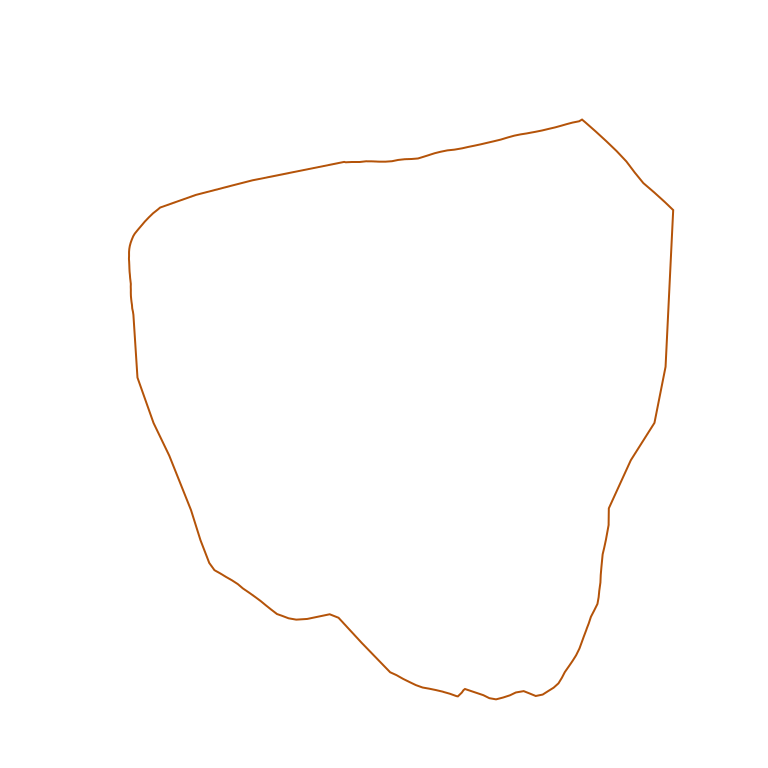 outline of Markhah Al Olya, Shabwah, Yemen, rotated 100°
{"feature_id": "15242507B22375918016424", "entity_name": "Markhah Al Olya", "entity_type": "district", "adm_level": 2, "iso_a3": "YEM", "parent_name": "Yemen", "parent_adm1": "Shabwah", "projection": "mercator", "projection_center": [45.924, 14.502], "detail": "fine", "context": "isolated", "style": "outline", "palette": "amber", "viewbox_px": 768, "rotation_deg": 100, "n_neighbors": 0, "source": "geoboundaries", "source_scale": "gbopen_adm2", "svg_char_len": 2247}
<svg xmlns="http://www.w3.org/2000/svg" viewBox="0 0 768 768"><g transform="rotate(100 384 384)"><path d="M274.4,652.9L276.0,653.8L278.9,655.4L279.3,655.6L281.9,656.6L285.4,657.4L288.8,658.0L292.1,658.3L295.1,658.3L298.3,658.0L302.2,657.3L305.1,656.9L307.9,656.2L311.5,655.4L314.8,654.7L317.8,654.0L320.6,653.2L323.4,652.5L326.4,651.6L329.4,650.7L332.2,650.3L335.0,649.7L338.0,649.2L341.4,648.5L344.3,647.7L347.0,646.9L350.0,645.9L353.2,645.1L356.4,643.8L359.4,642.8L420.5,627.9L462.4,604.2L491.9,583.0L541.8,552.1L569.7,537.6L590.6,525.0L596.8,518.6L599.0,512.3L601.5,505.9L603.7,499.7L606.4,493.3L609.8,487.5L613.1,480.2L616.1,473.9L619.2,467.7L622.6,461.7L625.7,456.0L629.1,449.5L630.0,444.1L631.3,437.3L631.3,429.5L628.7,418.8L620.2,397.5L622.1,388.2L642.9,360.9L666.8,327.9L668.5,321.3L671.2,313.6L673.2,306.7L675.0,300.3L676.2,293.3L676.2,286.5L676.4,279.8L676.8,272.4L676.9,272.2L677.6,265.3L678.8,258.4L678.8,257.0L674.4,253.8L671.6,252.5L670.3,251.3L673.2,232.1L675.1,225.7L675.1,218.9L672.1,212.3L668.7,205.9L664.9,200.6L662.2,193.1L663.5,186.8L664.9,180.4L662.3,173.8L657.9,169.0L653.6,164.2L648.5,160.2L642.4,157.8L636.3,155.9L630.1,153.0L623.9,150.2L622.7,149.7L617.8,147.7L610.6,145.6L603.9,144.4L597.6,143.3L591.3,142.1L589.3,141.8L584.3,140.8L577.3,139.8L570.6,137.7L563.5,135.6L556.6,135.6L550.1,136.1L541.9,136.4L534.4,137.4L526.5,138.1L513.7,139.1L507.1,138.7L498.9,138.4L483.6,138.3L483.4,138.4L467.4,141.0L416.2,127.7L375.3,110.9L318.2,109.7L162.5,129.4L156.0,139.1L148.7,150.7L141.1,163.5L132.2,173.8L122.7,184.0L114.2,195.4L106.3,207.2L98.4,219.6L91.4,231.1L89.2,234.9L91.4,237.5L93.8,243.7L96.4,249.3L98.9,254.4L101.6,260.1L104.2,266.2L106.9,272.4L109.4,278.8L110.8,282.6L112.5,287.1L114.4,292.7L116.8,298.8L119.8,305.1L123.0,311.4L125.8,317.8L128.7,324.6L131.1,330.2L133.7,336.6L135.9,342.2L138.3,347.9L141.0,355.4L142.9,362.1L145.5,368.7L147.9,374.1L150.2,378.5L150.6,379.2L153.4,384.6L156.0,389.7L157.6,395.8L159.0,402.5L160.9,409.0L163.2,414.8L164.9,421.6L165.9,427.5L166.7,433.7L167.8,440.4L169.6,446.5L170.8,453.5L172.3,460.2L172.2,461.8L204.2,543.6L206.2,548.8L215.3,568.9L230.5,602.2L249.1,635.1L251.4,637.0L256.0,641.1L260.7,644.5L265.5,647.7L274.4,652.9Z" fill="none" stroke="#b45309" stroke-width="2"/></g></svg>